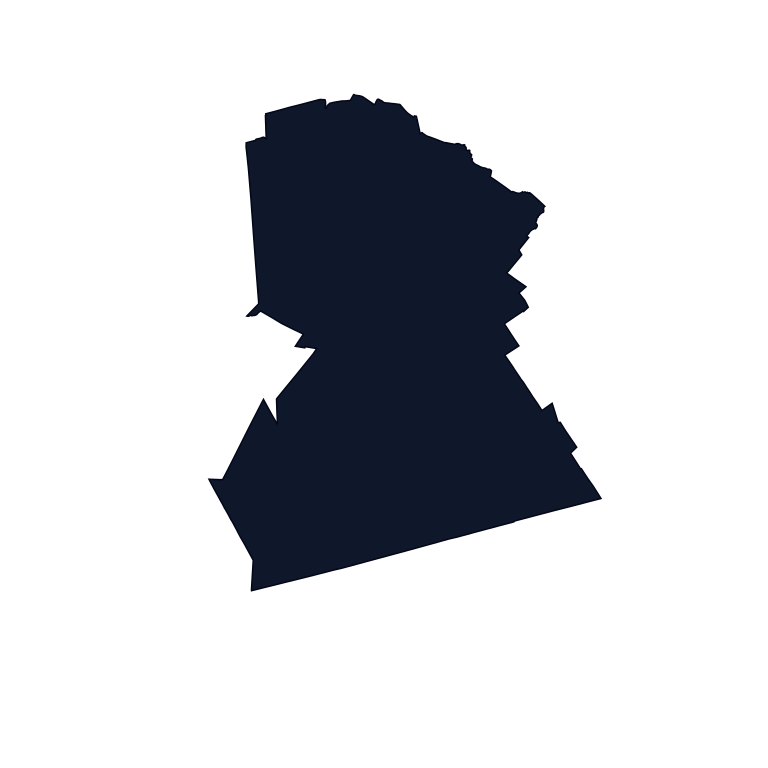 Thoi Lai, Hau Giang, Vietnam, rotated 302°
{"feature_id": "81297802B52248438909521", "entity_name": "Thoi Lai", "entity_type": "district", "adm_level": 2, "iso_a3": "VNM", "parent_name": "Vietnam", "parent_adm1": "Hau Giang", "projection": "orthographic", "projection_center": [105.583, 10.024], "detail": "fine", "context": "isolated", "style": "filled", "palette": "ink", "viewbox_px": 768, "rotation_deg": 302, "n_neighbors": 0, "source": "geoboundaries", "source_scale": "gbopen_adm2", "svg_char_len": 6087}
<svg xmlns="http://www.w3.org/2000/svg" viewBox="0 0 768 768"><g transform="rotate(302 384 384)"><path d="M525.5,465.7L528.0,461.7L529.0,459.9L529.6,459.0L532.7,450.2L541.7,452.9L542.2,442.8L542.3,441.3L542.4,439.1L542.7,435.4L543.1,428.8L544.9,429.6L553.6,430.7L563.3,432.0L566.5,432.4L569.2,427.3L584.9,429.1L585.0,427.7L585.2,426.3L585.7,426.5L586.6,426.7L587.5,426.9L588.7,427.0L589.4,427.0L590.4,427.0L591.1,427.1L591.8,427.3L592.6,427.6L593.6,428.0L595.0,428.9L595.6,429.3L595.6,429.5L595.6,429.8L595.7,430.0L596.0,430.1L596.4,430.3L596.6,430.4L597.0,430.3L597.3,430.3L597.7,430.4L598.3,430.4L599.0,430.3L599.4,430.2L599.7,429.9L600.0,429.6L600.4,429.0L600.9,427.6L601.2,427.3L601.6,427.0L602.3,426.9L603.0,426.8L603.5,426.7L603.9,426.6L604.3,426.5L605.0,426.1L605.2,425.9L605.4,425.8L605.5,425.8L605.9,425.9L607.0,426.2L607.4,426.2L607.7,426.2L608.1,426.0L608.4,425.9L608.6,425.9L609.0,426.0L609.6,426.3L610.0,426.4L610.5,426.1L610.9,426.4L611.3,426.6L611.7,426.8L612.3,426.9L612.9,427.2L613.8,428.0L614.3,428.1L614.7,428.1L615.2,427.9L615.8,427.5L616.5,426.9L617.0,426.5L617.7,426.2L618.4,426.0L618.9,425.9L619.7,426.1L619.9,426.2L621.5,418.3L623.3,407.8L623.4,406.4L623.3,405.9L623.1,405.7L622.6,405.7L622.2,405.6L622.2,405.2L622.5,404.6L622.6,404.1L622.3,403.7L621.7,403.3L621.5,403.1L621.6,402.6L621.7,402.0L621.6,401.7L620.9,401.1L620.4,400.7L620.4,400.2L620.4,399.5L619.8,399.4L619.1,399.0L618.2,398.5L617.5,397.7L616.8,396.5L616.2,394.9L615.6,391.9L615.3,391.0L614.9,390.6L614.4,390.3L614.7,387.8L615.0,383.9L615.6,373.8L615.7,372.2L615.9,367.4L615.9,365.0L616.2,364.5L616.5,364.2L619.5,363.1L621.7,362.2L621.9,361.7L622.1,360.3L622.0,359.6L621.5,358.8L621.2,358.2L620.9,357.3L620.9,355.9L620.3,354.4L619.8,353.2L619.4,351.4L619.1,349.6L619.2,348.6L619.0,347.5L618.8,345.7L618.8,343.8L619.0,343.0L619.2,342.5L619.3,341.7L619.4,341.3L619.9,340.9L620.1,340.3L620.2,339.9L620.7,339.9L621.3,339.9L621.7,339.6L621.9,338.8L621.8,338.0L621.9,337.5L622.1,337.3L622.6,337.3L623.6,337.4L624.2,337.1L624.8,336.9L625.0,336.6L625.0,335.7L625.2,335.0L625.5,334.5L626.5,333.5L627.1,333.2L627.5,333.0L627.5,332.7L627.4,332.2L627.0,331.8L626.4,331.2L626.1,331.0L626.0,330.4L626.2,330.0L626.6,329.2L627.3,328.9L628.0,328.3L628.3,327.8L628.5,326.8L628.7,326.3L629.0,326.0L629.5,325.8L629.5,325.6L629.5,325.3L629.3,325.0L628.7,324.5L628.3,323.9L627.8,323.2L627.7,322.7L627.7,322.2L627.7,321.7L627.5,321.1L627.5,320.7L627.5,320.3L627.3,319.8L626.4,318.3L625.9,317.8L625.4,317.6L624.8,317.1L624.4,316.1L623.2,313.1L621.5,308.6L620.9,307.6L620.6,306.7L618.9,297.6L617.8,292.3L617.1,289.5L617.0,288.8L617.0,286.9L617.1,286.2L617.1,285.3L617.0,284.6L617.1,284.1L617.4,283.5L617.4,283.1L617.3,282.9L615.4,282.1L628.2,269.6L628.1,269.4L627.6,268.0L627.5,267.7L627.2,267.6L626.6,267.7L626.2,267.8L625.8,267.6L625.7,267.2L625.7,266.8L626.1,265.9L626.0,265.5L626.0,265.1L626.2,261.2L626.4,259.7L626.7,258.7L627.2,256.6L629.4,249.7L629.4,249.2L629.1,248.5L627.0,243.9L625.7,241.4L624.9,239.5L623.8,237.4L623.4,236.8L623.2,236.4L623.2,236.0L622.9,235.5L622.7,234.9L622.7,234.2L622.9,232.8L622.9,231.2L622.7,230.2L622.7,229.6L622.7,228.5L622.4,228.1L622.0,227.7L621.6,227.6L620.8,227.5L620.0,227.6L616.5,228.0L616.0,227.9L615.8,227.5L615.8,226.2L616.2,217.2L616.3,214.1L616.2,213.1L615.6,210.9L615.0,209.5L614.1,207.6L613.7,206.8L613.6,205.8L613.6,205.1L613.2,204.9L612.2,204.9L607.1,205.1L606.4,205.0L606.2,204.7L605.9,204.2L605.5,203.6L604.3,202.2L603.2,200.6L602.5,199.5L601.7,198.3L600.8,197.3L598.5,194.7L598.1,194.2L596.4,192.3L593.7,189.6L592.9,189.0L592.2,189.0L591.6,189.0L591.1,188.8L590.6,188.4L590.0,188.3L589.3,188.4L588.1,188.9L587.5,188.9L587.0,188.7L586.7,188.3L586.9,187.9L587.5,187.4L589.2,186.7L591.2,185.7L593.0,184.3L593.7,183.6L593.6,182.9L593.0,181.9L591.8,179.6L590.8,178.3L578.7,167.0L572.0,160.6L570.3,158.9L568.5,157.2L564.1,153.2L560.7,150.1L559.8,149.2L558.1,147.7L554.5,144.3L551.0,141.0L550.5,140.5L549.8,141.1L548.9,141.1L548.5,141.4L541.2,146.3L529.6,154.1L529.3,153.6L529.7,152.1L529.5,151.2L529.1,150.6L528.1,149.7L526.7,148.9L526.5,148.5L524.5,146.5L524.0,145.9L523.6,145.8L522.9,145.8L522.4,145.8L515.5,139.3L514.4,140.0L513.3,140.6L512.1,141.3L502.1,149.2L495.3,154.5L471.1,172.6L443.7,192.6L441.6,194.1L413.4,214.8L387.0,234.3L385.5,235.2L368.9,231.6L369.1,232.2L369.3,232.7L369.7,233.3L370.1,233.6L370.8,233.9L371.3,234.1L371.5,234.5L371.6,235.0L371.7,235.6L371.9,236.0L372.4,236.3L372.8,236.6L373.0,237.2L373.4,237.7L373.9,238.2L374.8,238.9L375.8,239.4L376.3,239.4L376.8,239.4L377.5,239.6L380.5,240.6L380.9,252.5L380.9,253.1L381.1,265.3L381.5,269.4L382.5,279.7L383.6,289.2L373.3,288.9L369.0,288.8L372.7,297.7L373.9,297.4L378.4,308.2L371.4,307.9L365.7,307.2L346.8,304.9L346.5,304.9L345.8,304.8L345.1,304.7L343.6,304.5L331.5,302.9L315.0,300.8L314.3,300.8L305.2,306.9L293.1,315.2L299.0,304.3L307.1,289.9L275.3,292.6L239.2,296.0L236.8,296.2L227.9,297.0L217.4,297.8L215.9,295.5L214.6,293.2L213.4,291.1L211.5,287.8L210.5,286.0L209.1,288.3L205.9,293.9L204.8,295.8L202.8,299.4L200.6,303.4L198.2,307.6L197.0,309.9L194.4,314.3L193.1,316.8L190.6,321.4L189.3,323.6L187.9,326.0L186.5,328.9L185.2,331.1L182.3,336.2L180.9,338.5L180.3,339.5L177.6,344.2L176.9,345.6L173.5,351.9L172.8,353.1L165.4,366.2L164.7,366.8L155.3,371.9L138.8,380.9L138.5,381.2L146.1,388.5L161.8,403.7L185.6,426.7L199.0,439.4L200.2,440.6L205.4,445.8L223.3,462.4L240.6,478.5L263.3,499.5L279.0,513.9L286.8,521.0L292.8,527.0L306.0,539.2L324.0,556.0L335.9,567.2L337.0,567.5L337.6,567.9L351.0,580.5L366.1,594.7L380.5,608.5L394.3,621.5L401.9,628.7L404.6,623.1L408.2,615.6L410.0,611.3L411.6,607.4L414.8,600.4L416.8,596.2L416.2,595.6L419.7,588.3L424.2,578.8L432.5,580.9L440.3,563.2L443.7,556.2L444.9,553.8L443.5,552.2L453.9,540.2L456.8,536.8L445.2,532.0L448.5,525.0L452.0,516.9L455.0,510.6L456.9,506.3L458.0,504.1L459.4,501.1L460.6,497.7L461.4,496.1L463.6,491.1L465.7,486.4L466.6,484.7L472.5,471.1L479.8,474.5L487.8,478.2L491.0,471.0L493.6,465.3L496.4,459.4L496.6,458.9L498.8,454.2L501.5,455.3L510.0,459.0L518.2,462.7L519.6,463.2L519.4,464.0L525.5,465.7Z" fill="#0f172a" stroke="#020617" stroke-width="1.5"/></g></svg>